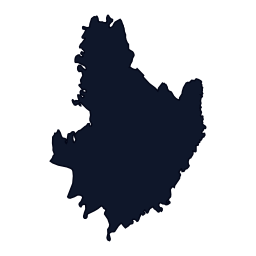 Ricaurte, Cundinamarca, Colombia
{"feature_id": "7082276B32773092643387", "entity_name": "Ricaurte", "entity_type": "district", "adm_level": 2, "iso_a3": "COL", "parent_name": "Colombia", "parent_adm1": "Cundinamarca", "projection": "equal_earth", "projection_center": [-74.719, 4.31], "detail": "fine", "context": "isolated", "style": "filled", "palette": "ink", "viewbox_px": 256, "rotation_deg": 0, "n_neighbors": 0, "source": "geoboundaries", "source_scale": "gbopen_adm2", "svg_char_len": 5706}
<svg xmlns="http://www.w3.org/2000/svg" viewBox="0 0 256 256"><path d="M200.9,81.0L198.5,79.6L196.3,78.9L195.9,79.1L194.7,80.7L191.7,80.3L189.3,82.7L187.8,82.4L186.2,83.1L183.6,87.6L182.5,91.3L182.1,94.0L179.7,97.7L179.6,99.5L179.2,100.1L177.2,99.4L175.8,98.5L173.7,96.3L171.3,92.1L168.5,90.8L167.3,88.5L167.2,87.2L165.8,84.5L164.7,84.2L164.2,83.5L163.7,83.8L162.5,83.1L158.7,88.0L157.8,91.0L154.9,87.9L149.3,83.7L142.9,76.8L143.6,75.4L137.1,68.7L136.4,69.7L134.0,69.5L131.6,68.4L130.5,67.4L129.4,67.4L130.3,64.2L131.9,61.3L132.5,58.2L133.9,55.6L133.9,54.6L133.4,53.1L132.5,51.8L129.1,49.8L128.5,48.8L128.4,44.3L127.3,43.1L126.0,40.1L125.4,37.5L125.5,34.8L124.3,31.6L123.9,28.2L123.3,27.0L123.2,25.8L122.3,23.9L121.3,20.9L120.1,19.4L115.3,22.1L114.2,23.5L112.8,26.3L111.4,27.4L109.8,27.7L109.2,27.1L109.0,24.7L110.9,22.4L112.3,21.3L112.6,19.8L112.2,19.3L110.9,18.9L109.5,17.5L108.3,15.4L107.7,15.4L107.4,15.9L106.8,17.6L106.7,19.0L107.0,20.3L106.7,22.1L105.7,22.8L103.3,22.6L102.5,22.0L100.1,22.0L98.5,21.6L98.3,21.2L97.9,18.4L97.0,16.4L96.4,16.3L95.6,17.1L94.2,16.7L91.7,18.6L90.0,24.1L89.7,26.9L88.7,27.5L87.0,27.8L83.5,26.6L82.9,26.7L82.7,27.2L82.7,28.1L83.1,29.0L85.4,29.3L85.9,29.8L84.7,32.6L82.2,36.7L82.1,37.1L82.4,37.9L82.8,38.1L85.1,38.2L85.2,38.5L82.2,42.8L80.6,44.4L79.6,46.7L79.8,47.7L81.3,47.8L81.9,48.1L82.6,49.3L83.4,49.7L84.3,51.2L84.3,52.6L83.9,53.2L83.4,53.1L81.8,51.8L81.1,52.4L80.9,53.8L82.4,54.9L83.0,55.9L82.6,56.8L81.1,56.8L79.9,56.0L79.1,54.9L77.8,55.2L76.1,56.4L75.4,57.9L75.1,59.5L75.1,61.6L75.4,62.3L78.2,62.4L84.9,65.8L86.1,67.3L86.3,69.2L85.5,69.9L84.9,69.8L82.8,68.2L80.9,65.8L79.9,65.3L78.9,65.4L77.8,66.9L77.7,68.5L77.9,70.0L79.1,71.5L81.2,71.2L82.1,72.0L82.9,75.1L82.7,76.2L80.7,79.8L80.7,81.1L81.3,83.0L81.2,83.7L80.7,84.4L79.3,84.6L79.1,85.5L81.3,87.9L82.4,89.7L82.9,90.0L84.2,89.3L85.1,89.5L86.2,90.5L86.4,91.4L86.0,92.1L84.1,92.3L83.4,92.0L82.0,90.6L80.9,90.5L80.2,91.9L80.5,93.9L84.1,96.0L84.2,96.3L83.9,97.0L82.6,97.8L81.5,97.0L80.6,95.3L78.0,94.9L77.8,95.7L78.3,98.0L78.9,99.3L79.0,100.2L77.8,100.9L75.9,100.6L74.6,101.4L72.9,99.9L72.6,99.8L72.3,100.4L72.9,102.5L74.4,104.8L75.7,105.1L77.7,103.9L78.6,103.9L79.9,105.5L80.7,105.8L80.7,105.0L79.3,103.1L79.6,102.7L81.0,102.7L86.8,108.4L90.1,110.9L90.7,115.1L90.0,118.8L90.1,120.6L91.8,124.1L91.6,125.3L91.1,126.0L90.1,126.1L89.6,125.5L89.5,124.3L89.2,123.6L87.7,123.9L86.5,125.9L85.4,126.3L80.5,130.3L78.7,130.8L75.8,133.5L75.0,134.5L74.7,135.6L74.9,137.0L75.9,139.2L75.8,140.2L74.5,142.4L74.1,142.6L73.4,142.1L72.6,138.2L73.1,135.4L74.5,133.1L74.2,132.2L73.4,131.8L72.3,131.9L71.4,132.5L70.5,133.6L68.8,133.8L68.1,134.3L66.9,142.2L66.3,143.4L65.7,143.0L65.4,141.8L65.4,141.1L66.1,140.3L66.1,139.4L65.0,138.6L62.3,138.0L61.2,136.0L60.2,132.9L58.7,130.2L58.1,130.1L57.1,132.5L56.2,133.3L54.8,133.3L54.4,135.0L52.8,137.0L52.6,143.2L53.2,147.6L53.1,150.2L54.2,153.1L54.5,154.5L53.2,156.0L52.5,158.2L50.3,161.1L52.7,162.8L58.3,165.0L66.9,166.8L70.8,168.3L72.2,169.3L72.8,170.4L73.1,171.7L73.5,176.0L72.9,183.4L67.7,196.8L68.4,197.7L70.1,198.1L74.1,196.7L77.5,194.9L80.3,195.0L82.3,196.1L82.8,197.3L82.6,198.2L81.2,201.4L79.4,203.4L79.2,204.7L80.1,206.4L80.9,206.8L82.0,205.0L82.7,204.5L84.1,204.3L85.4,204.5L85.7,204.9L85.9,209.1L84.6,212.6L83.7,216.1L83.8,217.3L84.5,218.2L85.8,218.3L86.7,217.5L87.0,216.7L87.1,214.9L87.7,213.8L94.3,210.6L97.7,208.6L101.3,205.7L102.9,206.7L103.7,208.2L105.8,209.5L105.9,210.7L104.9,212.4L104.6,214.0L108.0,219.0L109.9,224.5L109.4,227.1L107.8,229.4L108.0,233.7L107.1,237.5L107.3,238.8L108.0,240.0L109.5,240.6L110.1,239.8L110.1,238.5L109.0,234.4L109.4,233.0L111.7,231.7L113.9,231.7L114.6,231.4L118.3,225.8L120.7,223.4L121.6,223.2L123.4,225.6L125.4,227.8L128.5,225.7L129.7,224.2L132.4,223.5L132.8,223.0L133.0,221.5L132.3,220.5L132.3,219.9L133.0,219.3L134.6,219.2L136.4,220.4L137.0,221.3L137.8,221.0L139.1,218.7L139.0,218.1L140.2,215.8L140.3,214.8L140.6,214.4L141.1,213.8L141.9,214.1L142.3,214.9L143.0,215.0L144.8,213.6L144.7,212.7L143.5,211.6L144.6,210.1L145.2,210.3L146.8,212.8L147.5,212.9L148.0,212.3L148.9,210.0L149.9,208.5L153.0,206.6L154.3,208.7L155.8,209.6L158.2,211.9L158.9,211.9L160.2,210.1L160.8,210.2L161.0,211.1L161.4,211.3L162.2,210.1L162.1,208.5L161.4,207.9L159.9,207.8L158.8,206.1L158.7,204.4L159.6,203.0L160.9,202.7L162.7,203.8L164.6,203.9L165.6,204.6L166.6,204.7L167.8,204.4L169.9,202.9L169.9,202.2L169.3,201.3L168.8,201.2L168.3,201.7L167.8,203.2L167.0,203.2L166.4,201.9L167.1,200.8L168.3,199.8L169.3,197.8L170.0,197.4L170.5,196.6L170.7,194.5L170.3,190.6L170.4,188.9L172.3,186.7L173.2,186.7L174.3,187.4L174.6,185.6L179.5,178.4L179.6,176.6L180.3,175.6L180.4,174.6L179.7,173.3L178.9,172.5L179.2,171.5L181.2,168.9L181.6,169.2L182.1,171.5L183.9,171.3L185.3,169.0L186.9,168.6L188.5,166.9L189.1,165.7L188.3,164.2L188.1,162.9L188.1,161.2L188.7,159.2L189.7,158.2L190.7,157.8L192.7,154.5L192.9,153.5L192.9,151.2L195.5,151.7L196.0,151.1L196.0,145.9L196.6,145.4L198.1,145.1L198.3,144.5L198.1,143.9L198.3,142.8L198.5,142.5L199.4,142.5L199.7,142.1L199.9,140.1L200.8,140.3L201.6,138.9L202.0,138.7L202.0,137.7L202.2,137.3L203.7,137.0L204.9,135.0L204.5,133.4L202.8,133.6L201.7,132.8L201.7,131.7L203.1,130.3L203.6,128.8L203.9,128.5L205.4,128.4L205.7,127.8L205.7,127.0L205.1,126.1L203.4,125.0L202.3,123.9L202.7,122.5L202.1,121.0L203.1,119.3L202.7,117.7L202.8,116.3L202.2,116.0L201.1,116.6L200.5,115.3L201.4,112.3L201.0,111.1L200.3,110.5L200.4,109.3L199.8,108.1L200.0,107.6L200.6,108.0L201.1,107.6L201.0,107.0L200.1,105.7L200.9,103.2L200.4,101.0L200.9,98.1L202.3,96.5L202.3,96.1L201.4,96.2L200.6,94.8L201.8,94.8L202.7,93.6L201.9,91.8L202.3,90.8L202.2,88.9L202.6,87.7L202.3,87.1L201.4,86.7L201.8,85.0L200.9,83.3L201.5,82.0L200.9,81.0Z" fill="#0f172a" stroke="#020617" stroke-width="1.5"/></svg>